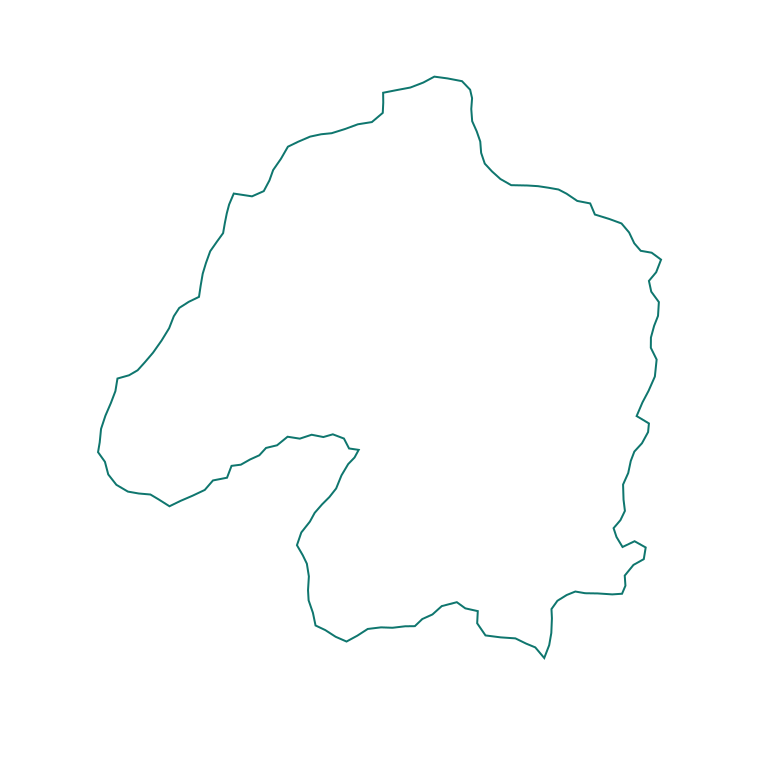 outline of Onça de Pitangui, Minas Gerais, Brazil, rotated 261°
{"feature_id": "56859067B58243953475377", "entity_name": "Onça de Pitangui", "entity_type": "district", "adm_level": 2, "iso_a3": "BRA", "parent_name": "Brazil", "parent_adm1": "Minas Gerais", "projection": "mercator", "projection_center": [-44.742, -19.698], "detail": "fine", "context": "isolated", "style": "outline", "palette": "teal", "viewbox_px": 768, "rotation_deg": 261, "n_neighbors": 0, "source": "geoboundaries", "source_scale": "gbopen_adm2", "svg_char_len": 2380}
<svg xmlns="http://www.w3.org/2000/svg" viewBox="0 0 768 768"><g transform="rotate(261 384 384)"><path d="M257.9,611.3L269.4,615.7L278.1,620.7L285.1,629.5L295.2,637.3L303.6,639.5L312.8,628.5L325.4,636.4L335.8,644.2L349.0,652.7L365.5,657.1L378.0,653.2L388.1,654.9L399.2,659.9L408.4,665.3L421.9,668.3L433.4,662.4L444.4,661.8L451.8,670.3L463.5,677.1L471.8,668.9L475.4,658.4L483.8,653.2L495.3,649.8L505.4,643.7L511.6,632.6L518.4,618.8L530.1,615.9L534.6,603.5L543.4,594.1L548.8,586.8L552.2,576.9L555.3,567.1L557.6,556.8L560.5,540.7L568.3,531.0L577.1,523.9L585.9,518.0L597.1,516.1L608.4,517.0L619.0,515.1L629.8,512.2L641.9,513.2L652.5,515.7L661.2,515.1L670.9,508.4L675.9,494.5L679.7,481.8L675.6,470.0L672.7,456.4L672.3,442.4L671.8,428.7L662.1,427.3L652.0,425.2L644.6,413.0L644.6,398.8L641.9,385.1L639.9,371.5L640.5,361.0L639.9,349.7L636.7,337.1L633.4,326.2L622.5,317.4L612.7,308.0L603.0,302.7L593.3,295.4L590.0,283.0L595.6,265.4L585.5,259.1L577.1,255.4L567.9,252.0L558.2,248.7L550.8,241.3L542.3,233.1L531.4,227.1L521.3,222.2L509.8,218.3L499.0,214.9L495.7,204.0L491.2,193.7L483.8,187.0L472.7,180.5L461.7,171.1L451.1,160.8L442.8,151.1L436.1,142.8L432.5,133.5L431.1,121.6L419.0,117.6L408.0,111.3L396.3,103.9L383.9,97.5L370.9,94.1L361.4,90.9L350.8,96.2L337.8,97.5L326.3,103.9L317.8,114.2L314.2,124.7L311.4,136.0L305.4,143.2L296.8,153.0L300.4,164.8L303.6,177.4L307.4,190.4L315.5,200.0L316.0,214.3L327.0,220.6L326.7,230.0L330.4,239.9L333.1,249.7L339.3,257.5L340.2,268.8L347.0,280.5L343.2,292.3L345.2,304.6L341.1,315.8L342.3,325.6L336.4,335.9L325.8,339.4L322.9,348.7L316.0,343.4L310.5,336.1L300.4,327.7L288.3,320.4L280.9,312.4L274.8,304.0L267.6,295.4L259.7,289.3L250.3,279.1L238.4,272.8L227.5,277.0L218.6,279.7L205.7,279.7L192.2,276.7L182.1,275.7L169.1,278.0L156.2,278.6L150.2,287.4L141.9,296.7L135.5,306.7L139.6,318.3L144.6,329.6L144.1,343.0L141.9,354.3L141.4,366.9L140.0,376.6L145.9,385.1L148.8,395.8L155.6,406.3L157.1,421.8L149.7,429.2L145.0,441.1L133.1,438.6L119.8,444.9L115.5,459.6L112.2,474.0L105.4,483.7L100.2,492.2L88.3,499.4L100.2,506.3L111.9,510.3L126.3,513.2L135.5,514.2L142.8,521.4L147.0,531.4L149.1,540.5L145.9,549.9L143.7,562.4L140.5,576.5L139.6,586.3L147.0,590.9L157.1,591.8L166.3,602.1L170.4,613.2L181.6,616.9L189.5,606.9L185.7,594.1L196.5,589.7L205.7,588.2L212.5,596.2L221.0,602.1L232.3,602.5L247.3,604.4L257.9,611.3Z" fill="none" stroke="#0f766e" stroke-width="2"/></g></svg>